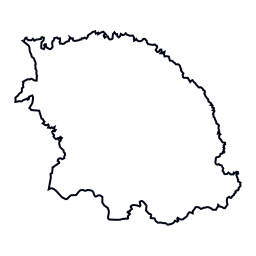 the district of São Francisco de Assis, Rio Grande do Sul, Brazil
{"feature_id": "56859067B81817993019000", "entity_name": "São Francisco de Assis", "entity_type": "district", "adm_level": 2, "iso_a3": "BRA", "parent_name": "Brazil", "parent_adm1": "Rio Grande do Sul", "projection": "mercator", "projection_center": [-55.147, -29.45], "detail": "fine", "context": "isolated", "style": "outline", "palette": "ink", "viewbox_px": 256, "rotation_deg": 0, "n_neighbors": 0, "source": "geoboundaries", "source_scale": "gbopen_adm2", "svg_char_len": 5695}
<svg xmlns="http://www.w3.org/2000/svg" viewBox="0 0 256 256"><path d="M124.8,218.9L125.9,218.5L126.9,218.8L128.1,218.4L127.8,216.3L129.9,214.0L127.6,212.4L128.2,211.4L129.8,211.4L130.3,210.1L131.9,209.0L131.4,207.9L130.7,207.0L131.1,206.0L132.4,205.2L134.1,205.0L137.4,205.5L139.7,206.5L140.5,205.6L139.7,201.9L140.7,201.2L141.7,200.9L143.4,201.9L146.5,205.6L146.0,210.5L148.9,213.7L150.4,214.0L151.1,214.8L151.2,216.0L150.6,217.1L150.8,218.1L154.6,218.4L155.2,220.0L155.9,221.2L157.9,222.7L161.5,222.6L162.7,223.1L165.7,223.2L167.6,224.7L170.9,224.1L173.5,222.9L175.0,220.7L176.3,221.4L177.3,221.7L178.3,220.8L177.2,218.9L177.6,217.9L180.2,219.3L181.3,219.6L183.3,219.2L184.3,218.1L186.2,216.9L187.0,216.0L188.2,213.6L189.2,212.3L190.8,212.3L192.7,213.4L193.0,210.7L194.2,209.5L195.6,207.1L198.3,207.1L201.0,208.9L203.5,207.9L207.3,207.1L208.5,207.2L210.6,208.1L212.9,209.8L216.0,209.7L216.9,207.9L217.8,207.0L218.2,204.9L220.0,206.6L222.1,207.1L223.7,208.1L225.0,208.1L227.5,204.5L227.0,202.3L226.8,200.5L227.3,198.0L229.2,196.8L230.1,197.7L231.1,197.9L232.7,195.7L234.0,195.0L234.3,193.6L235.7,192.6L235.4,191.5L236.8,190.3L237.8,190.4L238.7,189.4L238.6,187.9L240.2,186.3L240.6,185.2L240.1,184.2L240.5,182.8L239.5,182.0L238.0,181.3L238.2,180.0L236.4,175.2L236.8,174.1L238.2,173.6L237.8,172.0L236.3,171.8L234.8,173.3L233.8,172.7L233.3,174.4L232.2,174.3L230.9,174.5L228.4,172.6L227.3,173.9L224.9,174.2L224.1,173.5L223.8,172.3L222.5,170.8L223.3,168.4L222.5,167.3L221.6,165.4L219.7,165.0L218.8,164.1L217.3,164.7L216.2,164.2L215.6,163.2L215.3,162.2L215.7,160.3L215.8,158.5L216.4,157.3L218.5,156.9L219.8,156.2L220.5,153.9L221.9,153.8L222.9,152.0L223.8,152.7L224.4,151.9L223.5,149.7L224.4,148.7L223.4,147.5L224.1,146.7L223.6,145.3L225.2,144.3L225.0,142.7L222.9,142.5L222.0,141.7L221.4,140.3L219.3,138.0L219.1,135.6L220.4,134.2L219.2,133.0L217.9,133.5L218.2,132.0L219.2,131.5L218.5,128.4L218.6,126.6L219.0,125.5L218.1,124.5L216.3,123.3L216.3,121.9L214.9,119.2L214.6,117.7L213.5,116.6L213.5,114.8L212.9,114.0L214.4,111.1L212.9,110.3L213.8,109.7L214.0,108.2L212.3,107.6L212.6,105.8L210.9,105.1L211.8,104.5L211.1,103.3L208.4,101.4L208.2,99.4L206.9,98.0L205.3,95.9L204.9,94.4L204.3,93.3L204.9,92.3L204.6,90.7L203.3,90.2L202.8,88.9L200.8,87.2L198.9,87.5L196.0,84.4L195.1,83.0L194.1,82.3L192.5,80.2L191.3,80.7L190.2,82.0L187.8,77.9L184.0,77.8L183.0,77.2L182.7,74.7L183.4,73.4L182.5,72.5L181.0,70.5L181.2,69.2L180.6,68.1L180.2,66.6L179.6,65.4L178.5,64.4L175.8,64.3L174.8,63.0L173.4,62.2L172.6,61.1L171.4,60.7L170.0,60.6L169.5,59.5L168.9,56.6L166.5,56.2L164.5,56.4L164.0,54.1L164.5,51.8L163.3,52.3L162.0,53.4L160.6,53.3L161.7,52.1L161.4,49.6L160.2,49.6L158.6,51.9L157.2,52.0L155.7,50.1L157.2,47.3L156.9,45.9L155.7,45.4L154.9,44.5L152.5,44.9L148.1,44.1L146.8,42.1L146.7,40.8L145.8,40.0L145.0,39.0L143.4,38.9L141.9,40.6L140.3,41.3L137.6,40.8L136.2,39.0L135.6,40.0L134.1,40.7L133.9,37.3L132.8,35.5L130.0,35.8L126.4,34.4L125.7,33.3L124.0,34.9L122.6,35.1L120.9,33.9L119.9,36.5L118.8,37.4L117.4,36.2L117.1,34.2L116.0,34.4L114.4,32.3L112.9,34.2L112.5,38.6L111.6,39.2L110.4,39.4L109.4,39.3L108.5,38.1L107.9,36.5L106.2,36.6L104.7,37.7L103.7,35.8L104.4,34.2L105.7,34.3L104.7,33.1L103.3,31.7L100.8,32.6L98.2,34.2L98.1,32.8L95.8,33.6L95.2,31.3L94.2,31.7L92.7,31.9L90.9,33.5L89.1,34.5L87.9,35.5L87.8,36.7L86.4,38.7L84.6,37.6L83.1,38.5L81.8,38.3L81.1,39.6L80.1,39.4L78.6,40.4L76.8,40.5L75.7,40.9L74.4,40.9L73.2,40.5L72.7,38.3L71.7,38.6L70.1,37.4L70.6,38.6L69.2,39.2L69.0,40.9L67.2,41.5L65.5,42.3L64.2,43.6L62.7,44.0L61.2,43.5L60.1,43.6L59.5,41.9L60.1,40.8L59.9,38.3L58.1,38.7L57.2,37.5L54.3,38.1L54.2,39.3L53.6,40.7L52.6,41.2L52.1,42.7L52.6,47.0L51.0,48.8L49.9,49.2L47.3,47.9L46.0,46.6L45.9,44.3L44.9,44.2L44.1,45.2L45.0,46.7L43.8,49.1L41.4,48.2L41.2,47.1L41.5,42.4L42.9,41.1L43.5,40.2L43.9,37.9L42.5,37.1L41.5,37.3L40.9,39.0L36.3,39.6L34.4,40.7L32.9,38.8L31.5,40.3L28.2,40.1L26.8,38.8L26.5,37.6L25.5,37.9L24.2,40.4L22.8,40.8L25.3,43.0L28.6,45.5L29.5,47.8L29.6,50.2L30.4,52.9L31.2,54.3L31.7,56.7L34.1,58.6L34.3,60.0L35.1,61.3L35.8,64.0L35.2,65.0L35.6,67.1L35.3,68.4L36.0,69.4L36.6,71.2L36.3,73.1L36.5,74.6L37.1,75.6L36.7,77.2L36.7,80.6L35.1,80.6L33.7,80.1L32.9,79.4L30.9,78.7L29.9,79.4L27.5,79.3L22.9,81.8L23.5,83.1L23.0,84.1L23.3,87.3L21.9,88.2L21.8,91.9L19.2,93.7L17.7,95.9L16.7,96.5L15.4,97.8L15.6,100.3L15.4,101.9L17.6,101.6L19.0,101.1L20.9,101.4L22.1,101.1L23.1,100.2L25.6,99.3L27.3,98.5L27.7,99.6L28.8,99.0L29.0,96.9L30.9,95.9L32.3,95.5L33.1,97.6L32.5,102.5L32.1,103.5L29.4,108.0L30.2,108.5L30.9,109.7L31.8,110.1L39.2,110.7L41.5,118.6L42.9,119.2L43.4,120.5L44.5,121.7L42.8,123.4L43.8,123.9L44.9,124.9L46.3,125.3L48.3,124.5L48.8,126.1L48.1,127.6L49.6,127.7L50.5,128.2L51.8,127.3L52.9,128.1L54.5,127.1L54.0,128.6L54.6,129.7L55.6,129.9L54.9,131.2L52.8,130.9L52.1,131.8L52.7,133.5L54.1,135.1L53.4,136.4L54.1,137.2L54.8,138.3L56.0,139.1L57.4,138.3L58.4,139.4L58.3,138.1L59.4,138.1L60.4,136.9L61.9,138.0L60.9,139.3L60.7,140.4L59.2,142.3L59.2,143.8L60.0,146.8L61.4,148.5L63.5,150.2L63.7,152.0L64.7,153.0L65.1,154.7L64.2,156.6L64.3,158.2L62.0,159.2L61.1,158.4L60.2,158.2L58.8,158.7L58.0,159.5L57.7,160.9L59.1,162.0L59.1,163.2L58.2,163.5L56.8,164.7L55.3,165.5L53.7,166.9L52.6,167.3L52.5,169.5L52.0,173.2L50.6,173.8L50.8,177.7L48.7,189.3L50.8,188.3L51.8,188.3L53.8,189.0L56.3,191.0L61.9,197.2L65.8,199.2L67.3,198.8L70.3,195.7L71.3,195.2L76.1,195.1L79.0,191.4L80.6,190.2L82.2,189.9L83.4,190.1L84.5,190.7L86.0,190.7L87.5,190.0L90.3,190.2L92.5,191.1L93.2,192.0L94.4,195.4L95.0,196.2L95.9,196.6L98.8,195.2L100.5,195.6L102.4,197.0L102.3,202.5L104.3,205.5L107.8,208.0L108.7,210.6L108.9,212.3L108.0,217.2L108.2,218.5L109.2,219.5L115.7,219.8L119.9,219.7L123.2,218.8L124.8,218.9Z" fill="none" stroke="#020617" stroke-width="2"/></svg>